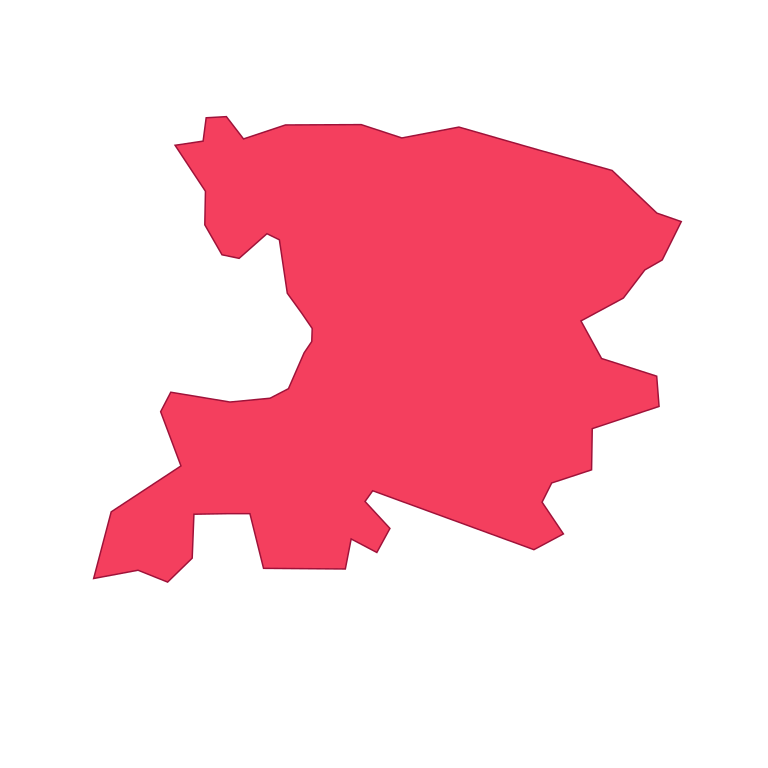 outline of Andijan, Andijon, Uzbekistan, rotated 17°
{"feature_id": "79887680B74226906580742", "entity_name": "Andijan", "entity_type": "district", "adm_level": 2, "iso_a3": "UZB", "parent_name": "Uzbekistan", "parent_adm1": "Andijon", "projection": "robinson", "projection_center": [72.393, 40.799], "detail": "fine", "context": "isolated", "style": "filled", "palette": "rose", "viewbox_px": 768, "rotation_deg": 17, "n_neighbors": 0, "source": "geoboundaries", "source_scale": "gbopen_adm2", "svg_char_len": 878}
<svg xmlns="http://www.w3.org/2000/svg" viewBox="0 0 768 768"><g transform="rotate(17 384 384)"><path d="M620.8,141.8L595.0,140.8L539.7,113.1L463.1,115.0L380.5,116.4L329.1,143.5L286.4,142.6L214.0,165.1L178.0,190.7L155.1,174.4L136.1,181.4L140.0,204.6L114.4,216.8L156.9,251.9L166.1,284.2L191.3,307.8L208.7,306.2L228.1,274.5L241.8,276.7L265.0,325.5L284.6,340.3L299.1,351.9L302.5,364.5L298.5,377.5L294.0,416.4L279.2,430.9L241.9,446.3L182.5,454.2L178.5,475.8L213.8,521.7L160.5,586.0L163.2,654.9L203.2,634.0L235.0,636.7L251.5,606.6L240.3,564.1L271.8,553.9L293.7,547.2L322.7,595.5L401.1,572.2L397.9,541.8L426.4,547.2L431.9,520.4L400.2,501.9L404.4,489.4L575.8,498.6L599.4,474.9L569.7,450.8L573.3,429.6L607.6,405.4L596.2,365.8L653.6,325.0L642.5,296.8L584.6,296.0L553.9,266.1L587.8,231.8L600.1,198.6L613.8,184.0L620.8,141.8Z" fill="#f43f5e" stroke="#9f1239" stroke-width="1.5"/></g></svg>